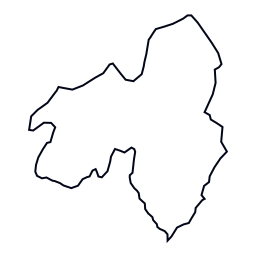 the district of Mbam-et-Inoubou, Centre, Cameroon
{"feature_id": "32672807B45233775776188", "entity_name": "Mbam-et-Inoubou", "entity_type": "district", "adm_level": 2, "iso_a3": "CMR", "parent_name": "Cameroon", "parent_adm1": "Centre", "projection": "robinson", "projection_center": [10.919, 4.718], "detail": "fine", "context": "isolated", "style": "outline", "palette": "ink", "viewbox_px": 256, "rotation_deg": 0, "n_neighbors": 0, "source": "geoboundaries", "source_scale": "gbopen_adm2", "svg_char_len": 1640}
<svg xmlns="http://www.w3.org/2000/svg" viewBox="0 0 256 256"><path d="M204.6,198.9L201.5,195.1L204.1,185.9L209.0,182.1L209.7,176.3L214.6,167.0L215.5,165.7L220.7,158.0L221.3,157.5L226.9,151.6L221.2,141.8L222.5,127.0L216.4,122.9L210.8,119.5L209.7,115.1L204.6,112.2L212.8,94.2L213.0,93.3L215.6,82.9L214.8,69.6L218.9,67.3L219.5,66.6L221.5,64.1L218.2,53.1L212.0,43.2L211.4,42.3L198.4,23.6L197.7,22.6L191.3,15.4L187.5,15.4L184.4,17.7L183.4,18.5L172.9,23.8L165.8,26.1L165.0,26.4L155.8,29.1L153.7,32.2L152.5,34.0L150.4,37.4L148.7,39.7L146.3,54.2L144.4,62.2L143.7,66.5L141.7,74.2L133.4,81.2L125.6,79.7L120.7,73.7L112.8,63.5L109.6,64.5L103.3,73.2L95.0,77.8L82.9,85.5L72.4,89.6L64.2,88.1L58.5,87.0L56.5,91.0L55.9,91.6L47.5,102.8L37.6,109.9L31.2,116.3L29.1,129.9L33.2,130.5L43.9,122.7L51.1,122.9L55.2,127.3L53.2,132.5L50.4,142.1L47.0,142.9L42.9,149.2L38.3,157.4L36.0,165.0L35.3,171.7L35.7,172.7L37.1,175.9L42.0,178.3L46.5,177.5L52.3,180.6L54.8,181.1L57.4,182.1L60.0,183.1L63.1,185.2L63.9,185.6L71.3,188.1L78.0,185.7L82.6,179.2L86.2,177.5L86.9,177.2L89.6,176.4L92.5,170.6L95.6,169.1L97.1,172.5L98.4,176.5L101.8,177.3L107.5,171.2L110.2,161.5L111.0,156.6L115.0,149.0L120.4,150.8L124.5,152.5L131.4,147.6L134.2,149.0L135.2,151.8L134.0,159.1L132.5,172.8L129.8,175.2L129.7,177.5L130.7,183.0L134.3,188.2L137.1,190.8L138.7,193.1L139.5,198.6L142.4,201.3L144.8,203.4L145.2,209.1L148.3,213.5L152.4,217.1L153.2,220.1L154.5,221.6L156.8,224.1L157.4,227.0L159.6,228.8L164.7,231.1L167.5,234.3L167.6,240.6L171.4,236.6L177.0,227.6L183.6,224.4L188.8,223.0L191.3,218.6L195.2,212.2L195.7,207.9L202.3,200.1L204.6,198.9Z" fill="none" stroke="#020617" stroke-width="2"/></svg>